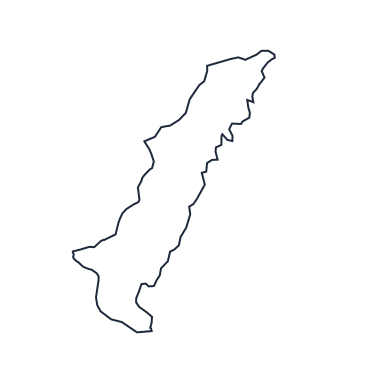 the district of Beawor, Sinoe, Liberia, rotated 153°
{"feature_id": "62588387B88645489379872", "entity_name": "Beawor", "entity_type": "district", "adm_level": 2, "iso_a3": "LBR", "parent_name": "Liberia", "parent_adm1": "Sinoe", "projection": "robinson", "projection_center": [-9.28, 5.601], "detail": "fine", "context": "isolated", "style": "outline", "palette": "slate", "viewbox_px": 384, "rotation_deg": 153, "n_neighbors": 0, "source": "geoboundaries", "source_scale": "gbopen_adm2", "svg_char_len": 2114}
<svg xmlns="http://www.w3.org/2000/svg" viewBox="0 0 384 384"><g transform="rotate(153 192 192)"><path d="M291.1,86.4L290.4,89.1L290.9,89.9L287.3,93.9L285.6,96.8L284.3,98.9L286.9,105.2L291.2,113.5L291.9,119.0L289.9,122.7L284.8,127.1L278.8,132.9L274.7,131.3L273.5,127.6L268.7,125.5L263.2,129.7L258.6,132.3L254.2,138.1L245.0,141.2L241.5,145.4L238.6,148.8L233.6,148.8L228.0,150.4L224.0,155.3L222.5,157.2L213.3,162.9L203.7,172.9L201.2,180.2L196.1,180.7L190.8,183.6L177.3,192.7L174.5,204.7L170.1,203.7L167.7,207.4L165.3,211.0L159.6,211.5L154.5,209.2L152.7,217.3L150.4,220.9L145.6,220.7L144.4,220.7L140.3,228.5L138.7,229.6L136.8,222.3L132.9,219.1L130.4,223.6L130.4,226.9L130.4,231.1L125.3,234.8L117.5,230.4L114.8,231.9L107.2,232.2L104.4,236.4L103.7,240.5L103.5,241.6L101.0,248.9L96.9,244.6L96.6,244.2L95.0,249.5L92.7,252.6L88.3,254.2L87.9,254.2L83.3,257.3L83.2,257.5L83.0,257.4L75.5,261.0L75.0,268.0L72.7,269.8L65.8,273.0L60.8,274.0L57.3,274.0L56.2,277.1L59.8,283.1L65.8,286.2L72.2,285.1L84.6,285.6L85.6,286.8L89.6,290.9L90.7,291.2L96.9,292.9L109.5,295.3L121.2,297.6L123.5,292.9L130.9,285.1L136.8,284.0L145.8,279.1L151.9,275.7L161.6,265.3L170.7,262.1L181.3,261.1L185.5,262.4L190.0,263.7L200.0,258.0L211.4,258.8L211.4,258.1L210.6,249.4L211.0,244.0L212.2,236.5L216.7,231.4L219.5,231.2L220.6,230.8L226.5,228.8L229.8,227.2L232.3,224.6L234.3,223.3L238.2,220.5L242.3,209.0L243.3,208.2L243.9,207.7L244.4,207.4L249.9,207.4L256.1,206.8L258.0,206.6L261.6,205.3L262.8,204.9L263.7,204.6L268.5,200.8L270.2,199.2L271.1,198.4L279.4,188.9L288.9,189.1L292.0,189.1L292.3,189.5L295.3,189.7L303.5,187.4L304.3,187.3L306.0,188.3L308.2,189.7L316.4,191.2L318.0,191.5L322.0,192.4L324.5,193.0L325.2,193.1L325.5,192.6L325.5,192.0L325.6,191.3L325.8,189.9L327.4,188.1L327.6,186.6L327.4,186.0L326.6,183.5L324.9,180.4L324.8,180.1L324.0,177.6L323.9,177.5L323.1,175.2L321.5,173.1L319.5,170.9L316.7,168.2L315.7,166.4L314.4,164.1L313.7,162.3L313.5,159.6L313.7,158.9L315.4,155.6L317.1,153.3L325.4,141.7L327.8,134.1L327.7,131.3L327.6,127.1L321.8,115.2L313.6,108.0L313.3,107.4L304.7,91.9L291.1,86.4Z" fill="none" stroke="#1e293b" stroke-width="2"/></g></svg>